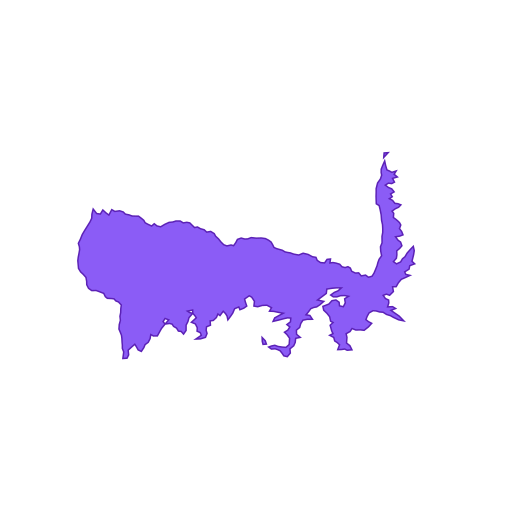 outline of Praia Grande, Santa Catarina, Brazil, rotated 220°
{"feature_id": "56859067B99383778089329", "entity_name": "Praia Grande", "entity_type": "district", "adm_level": 2, "iso_a3": "BRA", "parent_name": "Brazil", "parent_adm1": "Santa Catarina", "projection": "equal_earth", "projection_center": [-50.033, -29.21], "detail": "fine", "context": "isolated", "style": "filled", "palette": "violet", "viewbox_px": 512, "rotation_deg": 220, "n_neighbors": 0, "source": "geoboundaries", "source_scale": "gbopen_adm2", "svg_char_len": 5641}
<svg xmlns="http://www.w3.org/2000/svg" viewBox="0 0 512 512"><g transform="rotate(220 256 256)"><path d="M292.1,91.9L289.1,94.8L290.0,98.4L293.4,101.7L292.7,106.8L292.1,110.5L289.0,109.5L285.9,108.3L282.5,109.2L283.0,113.7L284.0,116.8L283.1,120.6L284.0,124.6L286.1,128.2L283.2,128.8L280.2,131.4L281.2,136.5L281.8,139.7L281.9,145.4L278.8,148.8L276.4,149.9L273.9,149.1L270.5,149.7L267.2,148.6L264.8,150.1L261.3,149.6L261.7,154.0L265.1,158.1L266.0,162.0L267.7,165.7L267.6,171.5L264.5,171.0L262.0,170.3L262.9,163.7L258.8,165.0L254.9,163.3L252.8,160.5L249.5,161.5L246.9,160.1L248.7,153.7L245.3,156.8L242.4,161.2L243.7,165.2L246.5,167.1L248.4,170.0L246.4,173.7L249.4,176.8L247.3,179.2L246.8,183.4L247.9,187.1L245.3,187.2L245.6,192.6L242.4,192.3L239.6,191.4L236.5,189.0L236.7,193.2L237.1,197.3L238.5,201.9L236.4,205.9L233.8,204.5L231.8,208.2L230.9,211.7L234.7,214.0L237.1,215.7L235.6,221.2L232.8,221.7L228.1,220.3L225.4,216.3L222.1,218.2L219.4,222.2L216.0,225.3L210.9,226.4L210.2,222.4L206.8,225.0L202.5,227.3L198.3,229.7L200.0,225.5L201.9,220.6L200.9,216.9L197.6,221.3L194.5,225.7L192.0,229.0L189.4,230.8L187.3,227.7L188.3,223.3L184.5,223.4L184.0,219.6L185.2,215.9L181.8,215.7L177.4,214.6L173.7,209.5L174.3,205.3L177.5,203.0L181.1,200.8L184.2,199.7L186.3,197.0L187.8,194.4L184.4,194.6L181.7,197.2L179.2,198.2L176.6,198.9L173.2,198.2L170.5,197.4L167.3,199.0L167.3,203.7L170.3,206.7L169.4,211.5L170.4,215.0L172.7,218.4L169.8,222.1L174.6,222.1L177.4,225.2L176.6,229.3L178.3,233.0L178.8,237.0L176.1,240.4L172.1,243.8L176.5,245.1L179.9,243.1L179.9,247.0L180.2,250.8L178.7,253.7L176.8,256.0L175.7,259.7L174.9,264.8L180.6,261.8L179.6,266.0L178.1,272.5L180.5,276.2L176.8,280.4L173.7,283.5L170.1,286.4L170.8,282.0L172.6,278.5L173.7,274.1L170.5,274.4L167.7,276.8L165.7,280.0L162.5,282.8L159.2,284.6L160.6,280.2L157.5,277.5L156.5,273.3L160.0,271.5L162.6,274.0L166.5,273.7L169.1,270.6L169.3,266.0L172.4,260.4L169.3,258.0L164.8,257.7L160.5,256.8L156.9,254.0L154.2,254.6L154.7,250.6L149.9,247.3L147.1,246.0L148.6,242.6L144.1,243.6L141.1,241.5L138.2,241.9L134.9,241.7L133.2,236.8L130.4,239.3L128.3,241.7L125.6,242.4L122.2,245.8L126.5,247.7L130.7,247.5L134.0,252.1L137.0,254.4L135.4,258.6L135.8,262.2L131.9,263.5L128.7,266.4L125.4,268.6L124.3,273.9L124.1,278.8L127.6,278.0L130.9,277.9L132.1,281.4L132.8,285.1L131.2,289.3L128.7,291.1L125.3,292.6L122.5,294.6L118.5,295.1L114.7,296.7L111.4,297.3L105.7,298.8L101.1,301.3L107.7,302.0L113.1,301.5L117.7,301.1L115.3,305.5L118.8,305.0L122.5,301.6L124.1,305.4L126.1,307.5L129.5,306.6L133.3,307.6L131.6,310.6L128.4,311.8L127.9,317.1L131.6,320.2L128.9,322.6L129.7,326.9L129.7,331.5L127.5,336.0L125.6,340.1L129.4,338.2L131.9,339.4L130.3,344.3L132.0,347.4L129.4,352.0L133.1,352.2L136.1,358.3L138.2,361.8L141.7,364.5L142.0,360.2L142.1,355.3L141.4,351.2L142.0,348.0L141.4,344.4L143.3,340.3L147.1,340.0L147.0,344.5L148.8,347.4L151.5,350.4L150.8,354.2L150.8,357.6L154.2,359.6L157.4,359.4L161.5,360.4L158.7,363.6L157.0,366.7L160.2,368.4L163.7,369.2L165.0,372.8L167.5,373.8L170.1,374.0L172.7,374.0L175.5,373.8L177.9,377.2L180.6,377.8L179.7,381.6L178.1,385.0L177.9,388.3L180.9,387.3L183.5,385.6L187.2,386.4L190.7,385.6L189.7,389.0L192.8,390.0L191.4,393.9L195.2,394.7L198.6,393.6L202.5,393.4L201.4,396.9L198.6,398.7L197.4,401.6L201.3,403.2L198.5,407.4L202.7,407.4L203.3,411.2L205.7,407.4L208.4,406.9L211.0,406.1L214.8,408.6L218.5,411.5L217.2,407.0L215.9,403.0L213.8,400.4L211.7,398.7L210.2,395.0L209.8,390.1L207.3,384.9L204.7,381.8L202.4,378.9L200.1,376.3L197.4,373.3L194.1,373.8L190.7,371.3L186.6,368.0L182.8,364.1L179.2,361.3L176.4,358.3L174.0,355.4L172.1,352.0L170.2,349.8L167.9,347.1L166.6,343.1L163.6,339.9L159.9,336.9L159.6,332.6L158.4,329.3L157.0,326.4L155.8,322.7L154.6,318.8L154.1,315.1L156.2,312.0L159.8,311.8L162.6,308.4L166.5,309.1L168.9,306.8L172.9,305.8L176.0,307.4L178.7,306.9L180.3,304.4L183.2,303.0L186.6,303.5L190.1,302.0L192.9,300.4L194.9,298.2L197.0,301.6L199.4,299.1L199.0,294.8L202.4,292.4L206.3,292.0L209.2,293.5L212.3,291.7L217.1,290.7L221.7,288.4L223.9,284.2L228.3,281.7L231.8,280.4L234.1,279.0L236.4,277.8L239.6,277.3L242.0,276.2L244.9,274.9L247.7,274.1L250.4,275.3L253.4,276.4L256.5,276.2L260.0,275.4L263.5,273.2L267.3,269.8L271.5,267.0L273.4,263.7L275.5,261.8L278.9,260.2L280.9,256.8L280.1,253.2L279.8,249.5L282.2,248.4L284.8,245.0L287.9,243.9L291.8,244.2L295.7,245.0L299.7,245.2L302.4,246.3L306.5,245.7L309.1,242.6L312.6,242.8L316.1,241.2L319.5,240.6L321.3,238.3L324.4,238.5L328.0,238.8L330.7,237.3L333.0,234.6L336.5,234.1L339.8,231.4L341.7,228.4L344.2,225.9L346.2,221.7L347.8,217.1L351.1,215.4L354.7,215.3L355.2,211.9L359.3,210.8L362.3,210.2L364.9,211.2L367.9,211.2L371.6,211.0L373.9,209.1L376.6,207.0L379.7,205.9L383.0,204.1L386.0,204.4L389.5,203.0L392.8,199.4L396.3,198.8L395.0,192.8L398.6,192.6L402.9,192.8L402.2,188.1L405.3,186.1L410.9,187.3L408.6,182.6L406.1,179.3L405.1,175.5L404.3,170.0L403.7,165.6L402.9,160.8L401.3,155.9L400.2,151.5L397.3,149.6L395.2,147.5L393.1,143.9L391.4,140.8L389.5,137.9L386.4,134.8L384.0,132.4L380.2,131.1L376.5,130.9L372.5,130.3L369.4,127.7L367.2,125.2L363.5,123.6L359.6,123.9L356.3,126.8L353.9,127.7L348.6,129.5L345.3,128.0L342.7,128.0L339.5,130.4L337.3,131.9L334.5,131.5L331.8,132.4L327.7,131.9L325.6,128.6L323.3,125.7L321.5,122.4L318.5,119.5L316.7,115.6L314.0,111.9L311.4,110.6L308.1,108.8L305.7,106.6L303.2,103.9L301.0,101.7L299.0,99.3L295.7,97.5L292.1,91.9ZM281.9,145.4L285.0,146.0L285.5,149.7L281.8,151.0L281.9,145.4ZM267.6,171.5L270.4,170.0L273.1,169.7L269.8,173.9L267.6,171.5ZM196.3,194.6L193.8,192.8L191.4,195.2L194.4,197.0L198.9,197.5L196.3,194.6ZM224.1,417.3L221.5,413.6L221.2,420.1L224.1,417.3Z" fill="#8b5cf6" stroke="#5b21b6" stroke-width="1.5"/></g></svg>